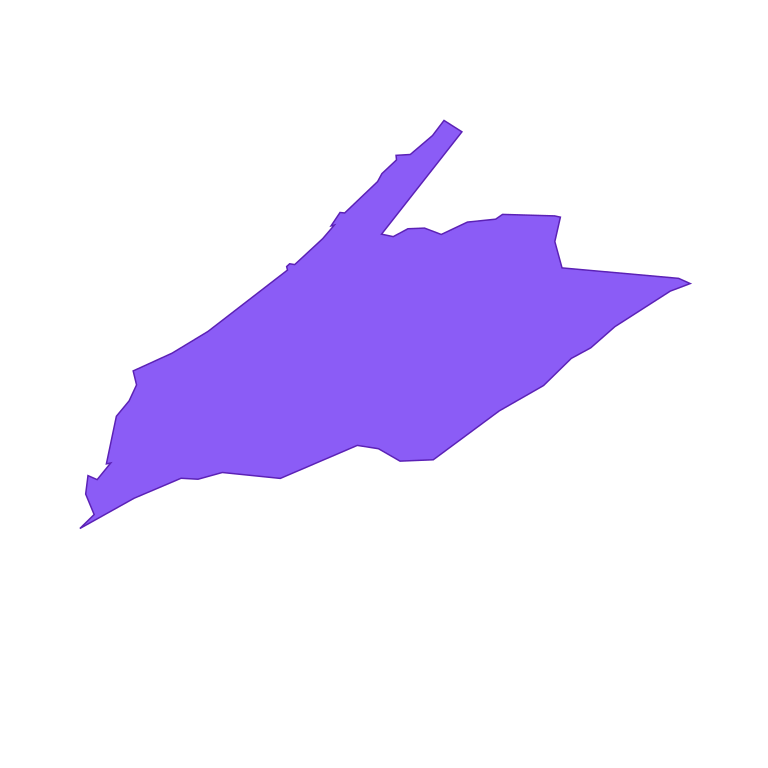 outline of Blackrock Lea-6, Dún Laoghaire–Rathdown, Ireland, rotated 296°
{"feature_id": "5873133B82062231942837", "entity_name": "Blackrock Lea-6", "entity_type": "district", "adm_level": 2, "iso_a3": "IRL", "parent_name": "Ireland", "parent_adm1": "Dún Laoghaire–Rathdown", "projection": "equal_earth", "projection_center": [-6.181, 53.289], "detail": "fine", "context": "isolated", "style": "filled", "palette": "violet", "viewbox_px": 768, "rotation_deg": 296, "n_neighbors": 0, "source": "geoboundaries", "source_scale": "gbopen_adm2", "svg_char_len": 891}
<svg xmlns="http://www.w3.org/2000/svg" viewBox="0 0 768 768"><g transform="rotate(296 384 384)"><path d="M608.5,615.2L608.1,602.5L566.4,493.1L586.9,475.1L611.3,469.4L609.9,463.7L588.4,416.2L581.1,412.1L566.1,388.0L543.5,369.9L541.9,352.1L534.0,337.4L520.5,327.7L517.6,316.1L644.8,343.5L647.2,322.4L628.6,318.7L601.8,307.0L594.8,294.6L590.9,297.0L572.2,289.9L563.1,289.5L520.5,273.7L518.9,269.3L502.9,267.1L505.1,269.7L487.8,265.2L452.2,251.4L450.7,246.5L446.9,245.0L444.1,247.3L354.2,202.8L318.8,180.0L285.8,152.8L274.7,162.0L257.1,162.3L237.7,157.6L190.5,169.5L193.2,173.0L172.3,168.1L171.9,158.1L154.3,164.1L139.6,180.7L120.8,174.0L171.7,209.4L210.3,242.9L216.9,258.6L233.6,277.5L253.7,332.2L317.1,386.9L323.4,407.4L321.7,432.2L337.5,461.5L410.4,499.4L452.6,528.1L489.1,541.1L507.2,554.0L536.8,566.4L593.0,600.6L608.5,615.2Z" fill="#8b5cf6" stroke="#5b21b6" stroke-width="1.5"/></g></svg>